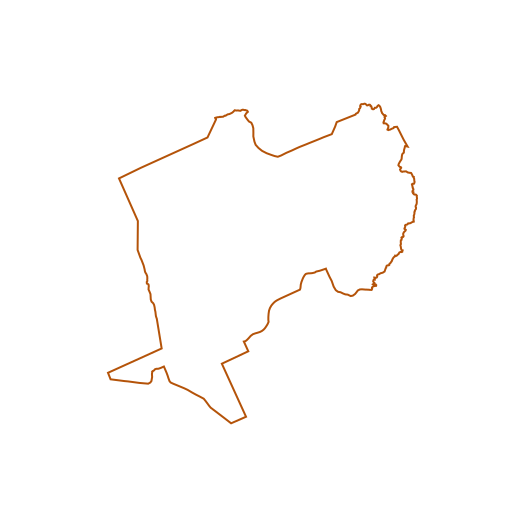 Ou Chrov, Bântéay Méanchey, Cambodia, rotated 246°
{"feature_id": "14789045B98105174754814", "entity_name": "Ou Chrov", "entity_type": "district", "adm_level": 2, "iso_a3": "KHM", "parent_name": "Cambodia", "parent_adm1": "Bântéay Méanchey", "projection": "albers", "projection_center": [102.796, 13.654], "detail": "fine", "context": "isolated", "style": "outline", "palette": "amber", "viewbox_px": 512, "rotation_deg": 246, "n_neighbors": 0, "source": "geoboundaries", "source_scale": "gbopen_adm2", "svg_char_len": 6161}
<svg xmlns="http://www.w3.org/2000/svg" viewBox="0 0 512 512"><g transform="rotate(246 256 256)"><path d="M350.6,412.1L350.0,412.4L349.5,412.0L348.7,411.1L348.3,410.0L347.3,409.6L346.8,409.2L346.1,408.2L345.5,407.5L345.3,405.0L344.7,404.4L345.5,384.2L342.0,380.9L336.5,374.8L337.0,366.2L337.1,361.5L337.3,355.9L337.5,350.8L337.6,347.3L337.9,340.3L337.9,336.5L337.8,331.6L337.9,325.8L337.6,319.8L337.8,316.3L339.7,313.7L342.2,311.0L345.6,307.5L349.6,304.3L353.7,302.2L357.7,300.9L361.1,301.1L366.3,302.2L369.8,303.8L373.8,305.5L376.9,306.0L379.7,305.9L381.7,304.3L383.9,303.7L387.1,303.0L388.7,302.9L390.3,305.1L391.0,307.2L392.3,307.1L393.0,306.3L393.7,305.6L394.0,304.8L394.9,303.7L395.1,303.2L395.2,301.9L394.9,301.0L395.7,299.6L396.2,299.0L396.7,297.7L397.1,296.8L397.8,295.9L397.6,295.2L397.1,294.2L396.6,292.5L396.5,290.6L396.5,289.4L396.9,287.7L396.7,286.1L396.5,285.3L396.9,284.7L396.8,283.7L396.6,282.7L396.9,281.8L397.2,281.0L397.3,280.3L397.8,279.8L397.9,278.8L398.4,277.3L398.7,275.8L398.8,274.9L398.2,274.8L397.6,275.2L397.0,275.0L384.0,259.9L383.8,244.2L383.4,186.6L382.6,162.4L336.0,162.3L309.7,150.3L305.6,150.0L304.2,149.9L301.5,149.7L299.1,149.8L295.0,149.6L293.1,149.5L289.1,148.8L287.6,148.4L286.0,148.2L284.1,148.5L281.8,148.4L279.9,147.7L278.6,147.0L277.4,146.6L276.7,145.6L275.2,145.1L274.7,145.7L273.7,146.2L272.1,145.8L270.9,145.1L269.1,144.2L266.4,144.2L264.1,144.1L259.1,142.2L256.8,142.0L254.6,142.9L252.8,143.0L250.3,142.5L248.0,141.8L245.9,141.4L243.7,140.7L241.7,140.1L239.8,139.9L239.2,139.9L209.9,132.2L209.5,73.3L202.5,73.0L195.1,85.2L193.6,87.9L187.5,97.8L183.2,105.6L183.4,108.0L184.3,109.6L187.7,111.9L189.9,112.7L191.0,113.2L191.7,113.8L192.5,114.0L192.9,114.7L192.8,115.4L193.0,116.4L193.6,117.6L193.5,119.0L192.7,121.0L192.5,123.4L192.5,126.9L185.7,126.8L182.6,126.6L180.0,126.3L176.8,126.1L175.1,126.6L172.8,128.6L170.2,131.1L164.5,136.5L161.5,139.1L157.4,142.0L153.7,144.8L150.9,147.1L146.9,150.2L143.9,151.0L138.0,152.3L135.9,152.9L121.3,160.9L113.3,165.2L113.2,181.5L171.5,181.0L172.1,210.2L182.8,210.1L182.5,211.8L183.1,213.9L184.0,216.1L185.2,218.7L185.8,221.4L185.6,224.0L185.3,226.0L185.0,228.7L185.1,230.8L185.6,232.9L186.3,234.6L187.3,236.3L188.1,237.5L188.9,238.7L190.7,240.7L192.4,241.2L195.3,242.5L198.1,244.0L200.8,245.7L202.8,247.6L204.5,249.9L205.4,251.7L206.2,253.6L206.7,255.3L207.0,257.4L207.1,259.3L207.2,261.2L207.4,282.5L208.7,283.6L211.7,285.3L213.7,286.9L214.8,288.0L216.0,289.2L217.0,290.3L217.9,291.5L218.7,292.7L219.3,294.0L219.3,294.9L218.8,296.9L217.9,299.1L217.4,300.8L217.0,303.0L217.3,304.7L216.6,308.2L216.4,310.2L216.0,314.7L215.4,314.6L207.1,314.7L202.4,315.0L196.4,314.5L192.3,315.0L189.9,316.4L188.5,318.5L186.2,320.4L184.6,322.0L183.4,324.1L180.9,326.2L180.4,328.3L181.0,331.1L182.1,333.2L183.1,335.0L183.2,337.4L182.3,339.6L180.9,342.1L179.7,344.6L178.8,346.2L178.0,347.8L178.8,348.8L179.6,348.9L180.1,349.2L180.5,350.5L180.4,351.1L180.5,351.8L180.2,352.6L179.9,353.6L180.5,354.0L181.5,353.7L181.8,353.2L182.0,352.5L181.7,351.8L182.6,351.3L182.8,352.6L183.3,353.2L184.3,352.8L185.1,352.7L185.9,353.3L186.4,353.8L186.5,354.4L186.1,354.9L186.6,355.2L187.3,355.1L188.2,355.3L187.9,355.9L187.3,356.3L187.3,357.7L188.1,358.5L189.1,358.7L189.5,359.5L189.5,360.3L189.3,361.0L189.4,361.6L189.6,362.7L189.4,363.7L189.2,365.1L189.4,366.0L189.5,367.1L191.2,368.7L192.2,369.6L192.4,370.2L193.0,370.5L193.6,371.0L193.9,371.4L194.0,372.0L193.8,372.8L193.5,373.4L193.6,374.1L194.2,374.4L194.7,374.9L194.8,375.8L195.6,377.0L195.9,377.8L196.4,378.1L196.8,378.7L197.5,379.2L197.8,379.9L198.6,380.8L199.2,382.5L199.7,383.2L199.1,383.5L199.1,384.7L199.3,385.3L199.7,386.0L199.7,386.9L200.3,387.6L200.9,388.4L200.9,389.7L200.6,390.2L200.3,390.8L200.4,391.4L201.0,391.7L201.5,392.2L201.9,391.7L202.5,391.4L203.1,391.4L204.4,391.7L205.8,392.1L207.2,392.3L208.0,393.3L209.1,393.6L210.7,394.3L211.4,394.7L211.6,395.6L212.2,395.8L212.8,396.4L213.7,396.4L213.9,397.0L213.6,398.3L214.2,399.0L215.2,399.0L216.6,399.6L217.6,400.8L218.4,403.0L219.0,403.5L219.6,403.2L220.2,402.7L220.8,402.8L221.2,403.3L222.1,404.3L223.3,404.6L223.6,405.3L223.3,406.7L223.4,407.5L223.9,408.2L223.6,409.1L223.3,409.8L223.2,410.7L223.4,411.7L223.4,413.1L223.2,414.1L223.9,414.4L224.7,414.4L225.8,415.1L226.5,415.4L227.1,416.1L228.5,416.4L229.4,417.3L230.2,417.9L231.1,418.4L231.7,418.5L232.1,419.2L232.9,419.6L233.3,420.2L233.8,421.1L234.5,421.6L235.2,421.9L236.0,421.8L237.0,422.4L237.4,422.9L237.9,423.6L239.0,424.4L240.9,425.3L242.1,425.6L242.6,426.2L243.3,426.6L244.9,427.0L245.6,427.5L246.8,427.2L247.4,426.5L247.5,426.0L248.1,425.4L249.3,425.0L249.6,425.5L250.2,425.8L251.0,425.0L251.8,425.5L252.2,426.1L252.4,426.7L253.1,427.0L254.0,426.8L254.7,427.1L255.5,427.0L256.1,427.4L256.9,427.4L258.1,427.6L258.3,428.5L257.9,429.1L257.8,429.8L258.6,430.6L259.4,431.1L260.0,431.1L260.8,431.4L262.6,432.0L263.4,431.9L264.1,432.3L264.6,431.7L265.3,431.6L266.1,431.7L267.1,431.6L267.9,431.6L268.7,431.5L269.1,431.0L269.7,429.8L270.1,429.4L270.5,428.7L272.2,427.6L272.6,426.8L272.9,425.8L273.4,424.5L273.4,423.8L274.4,422.9L275.3,422.7L276.5,422.8L277.5,424.5L278.4,424.4L278.8,423.7L279.8,423.3L281.0,423.0L282.0,423.8L282.8,424.8L283.7,426.0L284.4,427.1L285.0,428.1L286.1,428.9L287.1,429.4L288.4,430.2L289.5,431.0L290.0,432.0L290.3,433.1L291.9,433.9L293.2,434.8L294.2,435.7L295.2,436.4L295.8,437.0L294.3,439.0L302.0,438.2L306.0,438.0L312.8,437.7L316.7,437.4L317.0,436.4L317.3,435.6L317.6,434.5L316.9,433.6L317.0,432.7L317.0,431.4L316.9,430.1L317.1,429.0L317.2,428.1L318.0,427.5L318.8,428.3L319.7,429.2L321.1,429.9L322.2,429.5L323.8,428.9L324.8,427.7L325.3,426.6L326.3,426.8L327.1,427.7L328.1,428.5L328.7,429.4L329.3,429.9L330.7,429.9L331.1,431.6L332.2,431.2L332.9,430.0L334.4,429.6L335.3,429.3L336.2,429.4L337.6,429.4L338.9,429.8L340.4,430.0L341.7,430.1L343.1,429.8L343.9,429.3L343.7,428.2L342.9,427.1L342.6,426.2L342.8,425.4L343.1,424.8L342.3,423.6L342.4,422.6L343.5,421.7L344.6,422.1L345.8,422.2L346.2,421.6L346.8,421.9L347.8,421.6L348.3,420.8L348.2,419.9L348.2,419.3L348.4,418.7L349.4,418.3L350.5,417.8L351.1,416.9L351.1,415.8L351.9,414.0L351.6,413.2L351.3,412.7L350.6,412.1Z" fill="none" stroke="#b45309" stroke-width="2"/></g></svg>